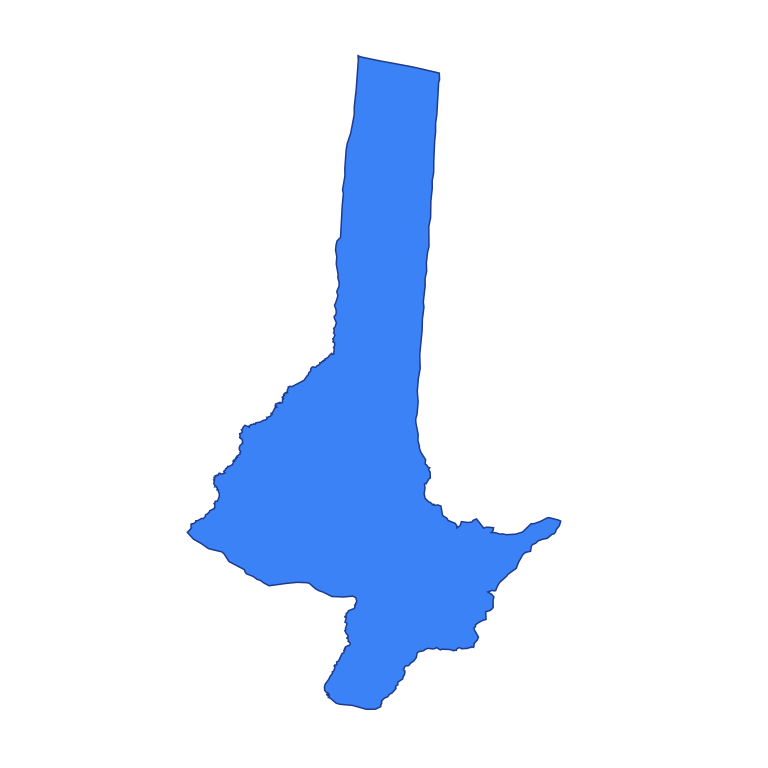 Bariadi, Simiyu, United Republic of Tanzania, rotated 274°
{"feature_id": "72390352B92057106188413", "entity_name": "Bariadi", "entity_type": "district", "adm_level": 2, "iso_a3": "TZA", "parent_name": "United Republic of Tanzania", "parent_adm1": "Simiyu", "projection": "natural_earth1", "projection_center": [34.103, -2.601], "detail": "fine", "context": "isolated", "style": "filled", "palette": "blue", "viewbox_px": 768, "rotation_deg": 274, "n_neighbors": 0, "source": "geoboundaries", "source_scale": "gbopen_adm2", "svg_char_len": 6126}
<svg xmlns="http://www.w3.org/2000/svg" viewBox="0 0 768 768"><g transform="rotate(274 384 384)"><path d="M707.3,335.5L707.6,335.8L676.0,335.7L658.6,335.0L650.4,335.5L632.0,333.3L621.5,330.6L614.6,329.9L596.0,329.9L589.0,330.5L574.7,329.1L571.2,330.2L559.5,329.9L527.2,330.4L523.7,327.3L519.5,326.5L514.1,326.3L507.9,328.0L500.4,328.0L489.9,330.6L487.0,330.5L482.7,332.0L478.6,332.4L473.0,330.4L468.8,331.9L461.5,330.1L459.2,329.1L454.7,331.0L451.3,331.4L449.5,330.8L448.1,329.6L446.4,329.8L441.9,332.2L437.6,331.3L435.9,329.9L434.8,330.5L432.4,330.6L431.7,330.1L429.3,331.6L426.0,330.5L425.5,329.7L423.7,330.8L422.9,330.1L422.1,330.5L421.8,331.8L420.3,332.0L418.0,332.0L417.1,331.1L415.4,331.9L410.4,331.7L409.9,330.2L410.9,329.7L408.9,327.7L406.5,326.2L404.5,323.0L403.6,323.4L403.0,321.6L402.3,321.8L401.8,320.2L400.9,319.9L400.7,318.5L399.1,318.6L397.4,315.8L396.3,315.0L395.9,314.4L396.1,311.6L395.5,310.7L393.7,309.8L391.8,309.9L389.8,308.1L387.7,307.8L386.9,306.8L382.1,303.9L374.9,292.2L375.2,290.5L374.3,288.6L373.0,288.8L371.8,288.1L369.9,288.0L368.6,288.4L368.3,287.5L368.9,287.4L368.8,287.0L367.8,285.4L367.2,285.1L365.9,285.5L366.0,284.6L364.8,284.7L363.7,283.4L362.7,284.7L362.2,284.0L361.7,284.4L361.1,283.8L358.4,284.0L357.7,282.5L358.5,281.5L358.1,280.7L357.5,280.7L357.4,279.2L356.5,277.4L354.9,277.0L354.4,278.1L353.9,277.4L353.3,278.3L352.7,276.9L347.5,274.7L346.9,273.5L345.9,274.4L345.8,273.6L344.1,273.2L343.1,270.9L342.2,270.1L342.4,269.5L341.6,269.8L340.0,268.6L339.3,266.1L337.4,263.2L336.4,258.9L334.9,258.2L335.2,256.9L334.6,256.1L334.2,254.3L332.7,252.3L331.6,252.6L333.1,248.1L330.9,246.4L329.4,246.1L328.3,244.9L326.4,246.1L325.1,245.1L324.4,243.5L321.4,244.2L320.8,243.6L319.5,244.7L319.5,246.0L316.4,247.0L315.6,246.7L315.2,247.2L312.6,244.7L310.5,244.1L308.3,244.3L306.7,245.7L305.5,245.1L304.5,245.5L301.9,242.6L301.0,242.9L301.0,242.1L300.5,242.2L300.2,241.5L299.4,241.9L299.0,240.9L298.2,241.0L297.7,239.7L296.8,240.1L297.0,239.1L296.5,238.8L296.2,239.6L293.0,238.4L290.6,234.7L290.8,233.8L290.1,233.8L288.2,231.9L287.1,231.7L285.9,230.4L285.2,230.3L284.1,231.5L282.9,228.9L282.8,227.2L283.6,226.5L283.2,225.4L281.2,224.8L281.4,223.4L280.7,222.3L280.7,223.0L279.9,222.1L278.5,221.7L278.4,221.0L276.6,221.7L276.4,220.8L274.8,221.6L273.0,221.1L271.2,222.0L270.4,223.0L269.7,222.6L270.0,223.8L268.1,225.1L266.9,224.7L266.6,226.2L265.5,226.1L263.5,227.3L260.4,227.5L256.8,226.5L255.3,225.7L255.5,224.6L254.8,223.6L253.5,223.7L252.9,222.8L251.7,223.6L248.7,223.9L248.5,223.3L247.3,223.0L247.3,222.2L245.4,219.0L244.1,218.6L241.9,216.6L241.2,215.2L238.9,214.8L237.0,212.9L237.3,211.5L234.7,207.7L234.4,205.8L232.9,205.6L231.2,203.5L231.3,202.3L230.7,201.3L227.7,201.5L227.0,202.1L222.3,198.1L215.9,204.8L212.0,213.0L207.5,220.5L205.2,234.0L203.4,236.3L196.3,241.6L195.7,242.5L189.1,257.6L186.6,258.7L185.1,260.0L182.9,266.9L180.3,271.0L179.3,274.7L177.0,278.3L174.7,283.5L178.3,300.5L180.1,311.3L180.4,320.1L180.1,323.2L175.2,329.6L173.4,333.1L172.1,337.9L168.4,346.8L168.7,358.5L170.2,367.7L168.8,370.9L164.8,372.0L163.3,371.0L162.4,371.3L161.4,370.1L159.5,370.6L157.9,369.8L155.3,364.4L153.0,363.3L152.6,362.3L149.8,362.4L149.6,361.4L148.9,361.1L148.2,362.7L143.6,361.7L142.8,363.7L142.0,363.8L137.2,362.6L136.1,363.1L135.3,362.1L132.2,363.9L131.2,365.2L128.9,365.9L128.5,364.8L127.9,364.8L128.0,365.3L126.1,366.4L124.8,366.1L123.3,368.4L122.3,368.5L120.6,367.6L120.7,366.6L119.0,363.9L118.3,363.9L117.6,363.1L116.4,363.7L115.5,362.4L114.1,363.0L113.0,362.4L112.2,360.9L104.5,358.0L103.4,356.2L100.6,356.3L100.1,354.3L99.2,353.9L98.3,354.9L94.3,353.9L93.1,352.4L91.6,352.8L88.9,350.8L85.8,349.6L80.3,346.2L77.4,345.7L74.3,346.2L72.3,348.0L72.0,349.5L70.7,350.7L70.4,348.6L69.1,349.4L69.5,350.7L68.3,351.3L67.4,350.5L66.7,352.5L62.3,358.4L61.4,362.4L61.2,374.8L58.3,389.0L59.0,398.2L61.9,403.3L63.8,403.1L65.0,404.0L66.2,403.5L67.0,404.0L67.9,403.7L71.0,406.8L72.2,409.5L74.6,410.9L76.6,413.8L80.9,417.1L81.5,417.2L82.0,416.6L83.8,417.1L84.9,418.8L87.5,418.6L91.2,423.3L93.0,423.4L95.3,424.6L97.7,425.0L99.3,424.8L100.0,423.5L100.5,423.4L104.2,424.8L104.8,428.2L107.4,430.1L109.7,432.9L113.3,435.3L117.8,435.8L119.2,436.9L120.7,442.1L122.1,443.5L123.4,446.4L123.1,451.7L123.9,453.8L124.8,454.8L122.8,458.4L122.8,459.3L123.5,460.1L123.7,467.3L123.4,470.3L122.7,471.8L123.3,473.1L123.3,474.6L125.0,475.3L126.0,476.8L126.1,478.6L125.3,479.7L126.1,485.9L126.9,487.3L127.2,489.1L127.9,489.6L127.5,491.8L131.5,492.2L135.3,495.0L138.1,495.9L145.2,491.2L147.0,490.7L148.2,492.2L150.2,492.1L152.8,495.3L155.3,499.4L156.2,502.2L163.8,501.4L165.7,506.0L168.5,508.5L176.2,507.9L179.2,508.5L181.7,506.1L183.8,502.1L185.6,506.2L185.3,508.5L185.7,509.8L189.7,511.0L194.0,513.1L200.8,519.7L202.8,520.9L209.4,528.8L215.2,530.5L223.7,534.5L225.8,536.9L227.4,541.9L232.2,542.2L234.2,543.3L235.6,546.3L238.1,548.5L240.1,552.8L241.4,557.6L245.5,561.8L246.6,564.2L248.1,565.3L250.7,566.0L254.8,568.8L259.5,569.9L260.4,567.7L262.2,558.3L262.0,556.5L257.9,549.7L255.1,543.3L254.9,540.5L246.1,532.7L243.4,525.9L242.2,516.5L242.8,512.5L242.3,510.5L243.5,505.1L243.3,501.4L245.5,503.1L248.3,503.3L248.4,496.5L247.2,493.5L255.9,485.7L254.3,482.5L252.5,481.3L251.7,477.6L252.1,470.8L248.0,469.8L245.6,466.7L247.4,466.7L250.0,464.7L252.4,457.4L254.6,456.0L256.3,452.6L257.4,451.5L266.2,449.3L267.1,446.1L266.6,444.0L266.9,441.3L267.3,441.7L267.3,440.8L269.0,438.6L269.7,436.6L272.9,432.9L277.4,431.7L283.2,432.2L287.0,431.3L287.8,432.6L287.5,433.0L292.2,435.3L293.5,436.8L299.4,436.1L301.6,434.5L303.7,435.4L304.2,433.5L305.9,432.5L307.2,430.6L311.4,430.8L318.4,425.6L322.9,423.6L324.0,423.8L329.9,421.8L336.1,421.6L347.5,418.5L351.2,418.1L356.6,419.1L368.5,419.3L379.2,417.7L391.9,417.9L402.2,419.0L415.8,417.6L439.9,418.3L451.4,417.8L463.4,418.5L468.4,417.5L484.7,418.2L492.2,417.6L499.5,418.7L507.7,417.8L518.7,418.3L524.2,419.3L544.3,417.7L553.0,418.9L569.8,418.0L582.8,418.5L589.7,417.9L598.3,418.8L610.1,418.1L630.1,417.6L638.7,417.9L647.9,417.3L655.9,417.9L688.8,417.5L691.4,418.2L698.0,417.5L702.2,391.1L706.3,355.2L708.7,338.0L709.7,335.2L707.3,335.5Z" fill="#3b82f6" stroke="#1e3a8a" stroke-width="1.5"/></g></svg>